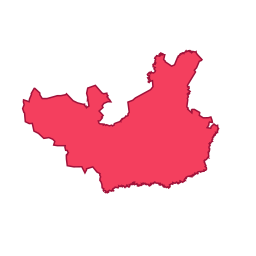 Gramzdas pag., Priekules, Latvia (Mercator projection), rotated 339°
{"feature_id": "27541924B36591248558487", "entity_name": "Gramzdas pag.", "entity_type": "district", "adm_level": 2, "iso_a3": "LVA", "parent_name": "Latvia", "parent_adm1": "Priekules", "projection": "mercator", "projection_center": [21.675, 56.36], "detail": "fine", "context": "isolated", "style": "filled", "palette": "rose", "viewbox_px": 256, "rotation_deg": 339, "n_neighbors": 0, "source": "geoboundaries", "source_scale": "gbopen_adm2", "svg_char_len": 5890}
<svg xmlns="http://www.w3.org/2000/svg" viewBox="0 0 256 256"><g transform="rotate(339 128 128)"><path d="M52.5,117.3L55.8,119.2L63.0,122.0L62.2,123.4L61.8,126.5L63.3,127.3L63.2,128.8L63.5,129.6L62.2,130.3L61.9,131.2L61.0,130.9L60.6,131.5L59.4,134.9L57.8,141.4L63.4,144.8L71.0,147.6L71.7,154.5L74.3,152.2L74.7,151.2L81.2,151.7L83.2,157.9L85.5,160.6L84.8,161.7L84.9,163.9L84.0,164.7L83.0,166.8L83.5,168.7L83.4,171.4L82.4,174.6L83.6,176.0L82.6,177.0L82.7,178.2L83.7,178.0L84.6,178.6L84.6,179.9L83.8,180.0L84.1,180.4L84.9,180.3L85.4,180.9L86.0,180.4L86.1,181.0L86.9,180.9L87.1,180.5L86.7,180.0L88.3,179.5L89.1,180.4L89.9,180.4L90.1,181.0L91.0,180.9L92.0,181.5L92.2,181.3L92.0,180.7L91.2,180.4L92.3,179.2L94.1,179.2L94.8,178.6L97.3,180.3L98.0,179.5L98.9,179.4L98.9,179.0L99.3,179.5L100.0,179.4L100.1,179.9L101.0,179.9L101.4,180.6L101.8,179.8L102.1,180.5L103.0,180.4L103.8,182.3L104.1,182.0L103.9,181.6L104.8,182.2L106.1,181.2L106.1,181.8L106.7,181.6L106.4,182.0L107.7,183.5L108.5,183.2L108.8,182.3L109.2,182.7L109.0,182.1L109.4,181.5L110.0,181.9L110.6,181.4L110.9,181.9L111.8,181.4L112.1,181.6L111.7,181.8L112.0,182.4L112.8,182.4L113.3,181.8L113.0,180.7L114.3,180.7L114.6,180.9L113.8,181.2L114.0,182.0L113.8,183.2L116.1,183.2L115.9,183.6L116.6,184.0L116.3,184.4L117.3,185.1L116.4,185.6L116.8,185.9L118.3,186.0L118.9,185.5L119.6,186.3L120.3,186.3L120.7,186.0L120.7,184.8L121.6,185.5L121.5,184.9L122.5,184.9L123.1,185.6L124.0,185.7L123.9,186.2L124.5,186.6L124.1,186.8L124.7,187.4L126.6,187.8L127.0,188.7L126.9,189.3L127.4,189.8L129.3,189.2L128.7,188.4L129.4,187.8L131.9,189.1L132.2,188.9L131.9,188.4L133.7,188.1L133.9,189.0L134.6,189.6L136.4,190.3L136.5,191.1L138.2,191.1L138.4,191.4L137.2,192.5L138.1,193.0L139.7,192.9L140.2,193.9L139.8,194.3L140.0,195.4L141.0,194.8L141.0,196.1L141.6,195.9L142.4,197.3L143.8,197.2L144.4,198.6L146.2,197.9L146.3,197.5L145.8,197.1L146.6,196.6L146.5,195.9L148.7,195.7L149.6,196.5L150.4,195.7L150.1,195.3L150.3,194.9L151.7,196.2L152.6,196.5L153.7,195.9L154.8,198.0L155.3,197.9L154.9,196.8L156.3,197.7L157.9,197.4L157.4,196.3L157.6,196.0L159.7,198.3L160.4,197.8L161.3,197.9L161.7,197.2L162.6,197.5L162.2,196.3L162.9,195.8L164.1,196.1L164.5,195.6L164.0,195.2L164.3,194.9L166.5,194.6L169.2,195.2L168.7,195.6L169.8,196.2L169.7,195.6L170.6,195.9L171.0,195.3L171.5,196.0L172.2,195.9L171.9,195.3L172.1,194.8L174.0,195.3L174.2,194.2L176.7,195.7L177.1,195.4L176.7,194.5L177.7,194.0L179.5,194.4L180.1,195.2L180.5,194.8L183.6,195.6L184.0,195.3L184.0,194.6L185.4,195.3L186.6,194.5L187.0,192.8L186.2,191.7L187.3,190.9L187.0,189.2L187.0,188.8L187.3,188.4L186.9,187.6L187.2,186.5L187.8,186.2L187.5,185.8L188.1,185.4L189.9,185.5L191.8,184.2L192.5,184.6L192.3,183.9L193.3,183.3L194.0,180.4L194.4,180.2L194.2,179.3L195.4,179.0L195.6,178.3L196.4,177.7L196.5,176.5L196.9,176.2L196.5,175.5L197.2,174.2L198.3,173.9L198.2,171.9L198.7,172.1L199.0,171.3L199.6,171.8L200.9,170.8L202.1,170.7L201.9,170.0L202.1,169.2L203.1,168.8L203.3,167.4L204.6,167.0L204.5,166.6L205.1,166.5L205.3,165.9L206.6,166.0L207.1,165.5L206.8,165.2L207.2,165.2L207.4,164.5L208.5,164.5L208.4,163.5L210.0,164.2L210.7,162.1L211.2,162.0L211.0,161.7L211.5,161.1L212.3,161.0L212.0,159.6L212.6,157.6L211.1,157.5L209.7,155.1L206.3,156.4L205.1,157.9L202.0,156.0L204.6,154.1L204.7,153.3L206.2,151.6L208.8,153.1L209.2,151.0L209.3,147.4L206.7,147.2L201.9,145.5L199.1,141.8L200.5,139.2L196.7,134.5L194.5,133.6L193.7,134.0L193.7,135.6L193.0,136.8L190.5,131.8L191.3,131.0L190.6,129.8L190.6,129.1L193.9,123.1L194.1,121.5L195.5,120.5L195.5,119.3L196.3,118.1L195.7,117.5L196.6,117.1L197.0,118.2L197.8,117.9L198.0,116.6L199.1,116.1L197.6,113.7L199.2,113.0L199.7,111.3L198.4,111.0L198.8,109.4L211.1,99.9L210.6,97.8L213.5,96.4L218.4,91.3L220.8,91.2L221.6,90.7L219.2,84.6L218.6,82.5L218.9,81.1L218.2,81.3L216.3,80.0L215.3,80.3L215.7,79.7L214.4,79.1L214.5,80.1L214.1,80.2L213.7,79.5L213.9,78.5L212.7,78.6L212.5,78.0L212.8,77.7L212.0,77.5L210.4,77.7L210.5,77.4L210.0,77.3L209.9,76.7L207.7,78.0L206.1,77.5L206.2,78.0L205.4,77.4L204.7,78.1L203.8,77.5L202.8,77.9L202.7,78.5L200.8,78.8L200.5,79.8L199.8,79.6L194.1,85.7L190.9,85.9L186.8,80.0L186.5,79.5L186.7,78.9L185.8,76.9L188.6,72.8L187.8,72.5L187.0,71.1L186.4,71.3L186.1,72.0L185.4,71.7L185.2,70.7L186.0,70.4L185.5,69.7L183.5,70.4L183.4,71.0L184.0,71.9L183.3,72.3L180.6,70.7L180.3,71.3L178.7,71.7L177.9,72.5L178.5,73.2L178.4,73.8L177.2,75.1L177.2,76.9L176.4,76.5L176.0,76.9L176.5,77.6L176.2,78.2L174.5,77.5L173.9,77.9L173.9,78.8L173.4,79.8L175.0,81.3L173.5,82.0L173.6,83.0L174.2,84.3L173.7,85.0L171.6,85.8L170.1,84.9L169.8,84.0L169.1,84.7L169.1,84.2L168.6,84.0L168.2,84.6L167.7,83.8L165.3,84.9L165.3,85.9L165.8,86.8L166.8,86.7L166.4,88.1L166.0,88.5L164.4,88.2L164.6,89.8L165.7,89.4L165.8,91.0L165.3,91.8L163.8,91.6L163.4,92.3L164.0,93.1L165.3,92.3L167.8,92.6L166.1,98.4L162.9,100.3L145.6,102.6L142.4,103.8L137.2,103.8L134.8,113.7L133.0,114.9L132.5,116.4L130.5,116.5L130.3,116.1L128.4,117.3L125.8,117.2L125.5,117.4L125.7,117.9L124.1,118.3L123.7,119.1L123.5,118.6L123.0,119.1L117.5,119.0L116.5,119.3L116.2,120.2L114.2,120.5L113.8,119.5L111.4,119.3L109.2,117.3L108.2,117.6L107.4,116.1L106.0,116.4L106.2,115.4L103.3,114.1L102.6,112.9L102.8,110.8L104.4,111.2L107.7,109.3L107.3,108.3L109.3,107.4L107.1,101.8L112.0,99.9L111.8,98.1L114.2,96.4L118.6,96.2L121.4,97.4L120.8,94.5L120.1,93.7L120.2,92.1L119.6,91.4L120.9,90.6L120.4,89.5L120.7,87.9L117.6,87.3L116.3,86.1L112.8,76.5L104.7,76.3L101.8,80.8L101.4,84.8L100.1,87.6L100.7,87.4L99.4,93.5L96.5,94.2L96.6,92.7L96.2,92.8L95.5,91.3L96.0,90.2L94.6,89.8L89.8,86.4L86.5,82.9L82.8,74.0L81.9,74.6L77.0,73.8L73.5,72.5L62.9,71.5L58.5,69.8L57.8,66.5L57.7,65.1L58.2,63.7L55.2,57.6L54.6,57.4L50.0,61.2L49.9,62.1L46.4,65.7L45.1,68.0L40.6,64.3L39.7,66.1L39.4,69.0L36.6,72.1L36.4,76.0L36.8,76.9L34.4,85.3L37.4,88.5L40.3,89.4L39.1,97.2L42.5,100.9L45.7,107.5L50.7,108.6L53.7,111.5L54.9,114.2L52.5,117.3Z" fill="#f43f5e" stroke="#9f1239" stroke-width="1.5"/></g></svg>